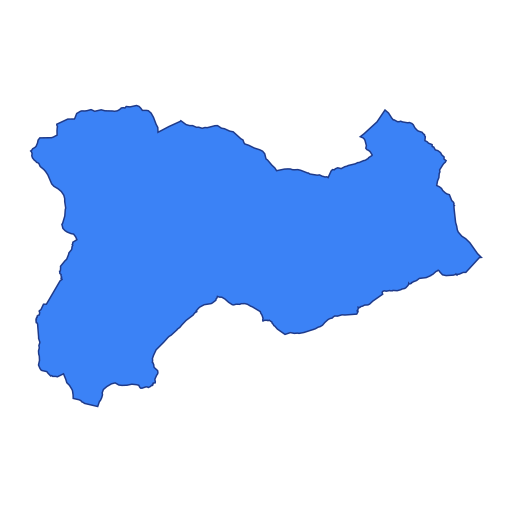 the district of Jibert, Brasov, Romania
{"feature_id": "2599482B80511177545168", "entity_name": "Jibert", "entity_type": "district", "adm_level": 2, "iso_a3": "ROU", "parent_name": "Romania", "parent_adm1": "Brasov", "projection": "albers", "projection_center": [25.05, 46.001], "detail": "fine", "context": "isolated", "style": "filled", "palette": "blue", "viewbox_px": 512, "rotation_deg": 0, "n_neighbors": 0, "source": "geoboundaries", "source_scale": "gbopen_adm2", "svg_char_len": 5975}
<svg xmlns="http://www.w3.org/2000/svg" viewBox="0 0 512 512"><path d="M299.0,333.4L303.9,332.5L315.3,328.8L318.3,327.1L320.0,326.7L322.5,325.2L324.8,322.5L328.0,319.6L329.8,318.6L332.3,318.0L333.3,316.9L334.7,316.0L337.6,316.1L342.0,314.8L344.9,315.0L356.7,314.1L357.9,311.9L358.0,311.4L357.2,311.1L357.2,310.5L357.9,310.0L357.8,309.5L358.4,308.4L358.1,307.3L359.3,307.6L359.4,307.3L360.1,307.3L360.7,306.6L362.7,306.1L364.5,305.1L367.9,304.9L369.6,304.1L372.8,301.1L382.7,294.2L382.2,292.9L382.2,292.1L383.1,291.2L384.5,290.8L386.2,291.2L389.8,290.5L390.2,290.8L392.5,290.8L392.9,290.4L397.2,290.7L400.8,289.7L402.1,289.0L404.6,288.5L405.9,287.7L407.9,285.5L408.6,284.4L408.7,283.4L409.1,284.0L410.6,283.7L411.5,283.2L411.5,282.6L412.8,282.2L413.5,281.5L414.1,281.5L416.6,280.5L419.3,278.4L426.2,277.6L431.0,275.5L431.2,275.0L432.6,274.5L436.1,271.4L437.2,271.0L438.1,270.2L439.2,270.9L439.8,271.9L442.5,274.8L446.1,275.6L453.5,275.1L455.6,274.4L455.9,274.0L456.4,274.8L456.8,274.6L457.1,274.9L457.3,274.4L459.4,274.1L463.2,272.4L465.8,272.4L479.4,257.6L481.3,257.4L477.5,253.6L469.8,242.7L465.7,238.7L461.8,236.2L458.2,232.0L457.3,229.8L456.7,226.2L455.6,222.5L454.1,208.9L453.9,205.9L454.4,205.6L453.7,204.6L454.0,203.6L453.5,202.3L451.7,200.5L449.4,194.7L446.9,193.9L445.3,192.9L442.7,190.5L441.5,188.4L439.4,186.8L436.7,185.5L437.5,181.0L438.9,177.6L439.2,173.6L439.9,171.9L439.6,169.9L442.9,164.7L443.8,163.5L445.3,162.2L446.1,160.6L444.2,159.3L444.0,158.7L444.1,157.0L441.7,154.8L440.7,152.9L440.1,152.3L437.8,150.6L435.3,149.9L433.7,147.0L432.3,146.6L432.1,146.1L432.2,144.8L431.9,144.5L428.5,143.2L427.2,141.8L424.9,140.6L425.3,136.7L424.6,135.6L424.2,134.6L424.3,134.5L423.2,133.7L422.1,132.3L418.2,131.0L417.0,130.1L414.8,127.7L413.3,124.8L411.9,123.5L409.4,122.5L407.8,122.8L402.4,121.9L400.7,121.2L399.1,121.7L397.5,121.7L394.2,119.9L393.3,119.9L391.7,118.0L388.5,113.0L385.0,110.0L377.0,121.9L364.1,133.7L360.3,136.7L363.1,137.9L364.3,139.1L365.0,140.4L366.4,145.7L365.8,148.2L366.9,149.6L368.4,150.3L370.0,151.5L372.1,154.8L372.0,155.5L368.6,157.7L368.0,158.7L367.2,159.0L365.3,160.3L363.6,160.6L359.2,162.5L357.7,162.6L355.3,163.8L348.2,165.5L347.1,166.1L344.8,166.7L341.2,168.6L337.7,167.8L335.3,168.8L334.3,169.8L332.5,169.6L331.1,171.0L328.1,177.6L326.9,176.8L324.9,177.0L323.6,176.5L322.4,176.3L319.5,174.9L317.3,175.2L309.8,174.0L308.4,173.0L307.9,173.1L300.7,170.3L297.8,169.6L294.2,169.8L292.0,169.6L290.6,169.0L287.9,168.9L284.4,169.1L276.6,170.7L274.8,167.9L271.9,165.2L267.5,160.0L266.0,158.9L264.7,153.7L262.6,151.2L259.8,149.8L254.2,148.0L248.8,145.3L244.9,144.0L243.9,142.7L243.0,140.0L240.8,138.7L233.2,131.8L229.7,131.1L224.4,128.7L221.5,128.2L217.5,125.6L215.0,125.7L207.2,127.7L205.0,127.5L202.2,128.3L198.7,127.2L196.4,127.3L192.6,125.6L189.6,125.6L186.1,124.6L180.8,120.7L180.2,121.4L169.0,126.5L158.0,132.3L157.8,127.5L156.1,124.3L153.5,117.4L151.1,113.1L148.3,110.7L146.3,110.4L142.4,110.4L140.7,108.1L139.0,106.4L136.5,105.5L130.0,106.9L126.2,106.5L124.9,108.0L123.3,107.7L121.2,108.0L120.7,108.7L118.4,110.3L117.0,110.9L114.4,111.3L112.8,111.0L105.0,110.8L101.2,109.8L94.7,111.3L91.3,109.7L90.7,109.7L87.0,110.7L84.9,111.0L81.8,110.9L80.4,111.3L76.7,113.5L74.9,118.1L74.4,119.0L67.7,119.1L56.8,124.2L56.8,125.0L57.5,126.8L57.2,127.8L57.0,130.8L57.1,135.1L53.3,137.1L51.5,137.7L39.8,137.9L38.1,140.1L37.5,143.0L36.1,146.3L35.0,147.4L32.6,148.8L32.0,149.9L30.7,151.0L31.4,151.7L32.1,153.5L31.8,155.8L32.5,157.9L34.3,160.2L35.7,161.2L36.6,162.4L37.6,162.6L38.9,163.6L40.2,166.5L44.2,169.8L44.5,170.4L45.3,171.1L47.8,174.8L51.7,183.9L53.9,186.3L58.1,188.8L61.3,191.5L63.8,195.2L64.7,198.6L64.7,201.4L65.7,208.1L65.3,209.4L64.8,216.0L62.6,223.4L61.9,224.3L62.9,228.4L65.0,230.6L67.1,232.0L71.0,233.6L73.6,234.1L75.7,236.9L76.9,239.7L72.9,242.2L72.7,243.8L72.2,244.5L72.7,245.3L72.0,246.9L71.8,249.0L71.5,249.7L68.9,252.9L68.6,254.4L66.7,259.2L64.9,260.9L60.5,266.3L60.6,267.7L60.4,270.6L60.2,271.0L59.6,271.3L59.9,272.1L59.7,273.0L60.1,273.7L61.1,274.5L61.0,275.9L61.7,277.2L61.0,278.1L61.2,278.7L61.9,278.9L62.1,279.4L60.1,280.8L46.4,304.2L43.5,304.2L41.0,309.5L40.5,310.1L39.4,310.6L39.2,311.4L39.7,312.6L39.3,314.9L38.1,315.3L37.1,316.2L37.2,317.0L37.0,317.6L36.6,317.7L36.0,319.2L36.4,319.5L36.0,320.5L36.0,320.9L36.3,321.2L36.1,322.0L36.3,322.7L37.0,322.9L37.6,324.1L38.6,336.9L38.6,338.4L39.8,342.0L39.8,342.8L38.9,345.5L39.3,347.9L38.5,350.9L38.7,354.0L39.3,356.1L39.5,360.4L38.5,365.0L39.9,368.3L40.9,369.9L41.9,370.5L46.8,371.6L47.9,373.1L50.7,376.0L51.7,375.6L52.7,376.4L55.8,376.4L57.4,376.8L63.5,373.8L65.8,379.4L66.8,382.7L69.5,385.4L72.1,389.7L72.5,390.8L73.1,395.0L73.2,398.4L79.2,399.8L80.8,400.6L82.0,402.0L83.0,402.3L84.5,403.4L97.7,406.5L99.5,401.3L100.3,400.7L101.7,397.7L102.5,394.8L102.2,392.8L103.4,389.5L106.9,386.5L111.5,383.8L115.2,382.9L118.8,385.0L122.0,385.4L127.1,385.2L131.8,384.2L136.6,384.7L138.8,385.3L139.5,386.8L140.5,388.1L142.0,388.2L146.1,386.8L147.5,387.0L148.3,387.5L150.4,386.5L152.2,384.9L152.5,385.3L152.8,385.0L152.7,384.3L153.1,383.3L153.5,383.5L153.9,382.9L155.2,382.8L155.3,381.5L154.9,379.8L155.0,378.9L156.6,375.3L157.7,373.7L157.9,372.3L157.6,370.6L154.2,367.5L153.8,366.1L153.8,365.0L152.9,362.7L152.4,362.5L152.6,360.1L152.4,358.6L153.5,355.4L156.1,349.8L163.8,342.1L167.9,337.5L169.2,336.3L171.1,335.2L177.2,329.6L177.3,329.2L179.8,327.4L182.0,324.7L186.1,320.4L193.1,315.1L194.6,313.0L196.7,311.7L196.1,311.1L198.6,308.1L199.9,307.0L204.2,304.7L211.1,303.6L212.3,303.0L215.8,300.3L216.1,298.9L217.0,297.9L217.4,296.4L219.5,297.1L221.8,297.2L224.9,299.0L228.6,302.3L232.3,304.7L233.7,304.9L236.1,304.2L239.8,304.3L241.1,303.7L244.9,303.6L247.5,304.3L250.7,306.2L252.3,306.8L260.3,311.6L260.6,312.8L262.0,315.2L263.0,318.2L262.7,320.1L263.0,321.0L264.6,320.3L267.5,320.3L268.0,320.7L269.2,320.2L271.9,322.1L272.1,323.1L273.2,324.3L273.9,325.6L274.9,326.2L277.4,329.1L285.0,334.4L290.4,332.6L294.4,333.4L297.4,333.1L299.0,333.4Z" fill="#3b82f6" stroke="#1e3a8a" stroke-width="1.5"/></svg>